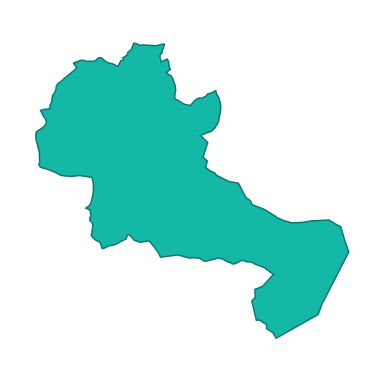 Giwa, Kaduna, Nigeria (Albers equal-area conic projection), rotated 264°
{"feature_id": "59680162B2967434957315", "entity_name": "Giwa", "entity_type": "district", "adm_level": 2, "iso_a3": "NGA", "parent_name": "Nigeria", "parent_adm1": "Kaduna", "projection": "albers", "projection_center": [7.407, 11.046], "detail": "fine", "context": "isolated", "style": "filled", "palette": "teal", "viewbox_px": 384, "rotation_deg": 264, "n_neighbors": 0, "source": "geoboundaries", "source_scale": "gbopen_adm2", "svg_char_len": 3885}
<svg xmlns="http://www.w3.org/2000/svg" viewBox="0 0 384 384"><g transform="rotate(264 192 192)"><path d="M332.5,87.7L327.6,90.4L326.6,89.2L325.1,87.2L324.0,85.5L321.2,81.3L318.0,76.4L316.5,74.7L314.3,70.7L312.8,69.1L311.0,68.0L307.5,67.2L304.7,65.4L302.6,63.5L299.7,62.6L297.0,62.1L296.6,61.9L295.1,61.2L293.3,60.0L291.1,59.6L289.9,59.5L289.6,59.5L289.6,56.5L289.7,53.6L289.0,49.9L284.7,51.6L282.5,52.3L281.7,52.8L280.5,53.6L278.4,54.5L275.4,54.2L272.5,51.7L270.1,47.3L270.0,46.9L267.9,43.4L265.8,42.7L265.7,42.7L259.9,42.4L256.9,43.0L253.7,43.4L250.7,43.9L248.7,44.1L248.0,44.3L246.4,44.3L243.9,44.0L242.5,43.9L238.6,43.8L238.3,43.8L234.9,42.5L232.5,44.0L231.4,46.1L230.9,48.1L228.6,52.8L228.3,53.4L227.3,55.4L225.7,58.0L225.3,58.8L224.2,60.7L222.6,62.7L221.1,67.4L221.1,69.0L220.1,72.6L220.1,78.3L220.1,80.9L220.2,82.1L219.6,83.8L218.7,87.5L218.3,89.3L217.7,91.0L217.2,93.8L213.9,94.5L209.9,94.7L204.9,94.2L200.6,93.4L194.6,91.5L192.5,90.6L190.6,89.6L188.9,88.0L187.7,85.9L187.0,84.8L184.6,88.8L183.2,88.7L181.4,88.9L180.6,89.1L179.8,89.2L178.5,88.8L177.4,87.9L176.5,87.6L175.2,87.8L174.2,87.4L173.3,88.3L172.7,88.9L170.7,89.9L169.3,89.9L166.8,89.4L165.4,88.9L164.4,88.6L162.9,88.5L162.0,88.2L161.9,88.1L159.5,87.3L157.2,88.4L154.1,91.2L151.8,95.2L145.1,96.8L145.4,99.2L145.9,100.5L147.0,103.2L147.3,105.3L147.3,107.2L147.7,109.9L148.6,112.8L150.3,115.8L151.3,119.2L152.4,121.7L154.6,122.7L155.6,122.8L156.1,125.4L150.3,129.3L147.4,134.9L147.8,143.8L147.5,144.5L141.1,148.9L139.4,149.6L135.5,152.1L130.4,153.9L130.9,171.4L126.6,182.3L126.4,187.0L126.1,188.9L125.3,192.9L122.7,195.8L122.4,196.1L121.7,198.6L122.7,205.8L123.6,211.3L122.5,214.6L118.4,220.9L117.7,222.9L117.6,223.3L116.3,224.4L116.0,226.3L116.9,229.3L118.1,232.3L119.0,234.5L116.9,239.2L116.1,243.9L113.6,247.3L109.1,256.2L101.5,264.3L90.8,252.3L88.5,244.4L80.8,243.9L77.2,240.1L57.7,242.6L57.7,245.5L52.4,252.2L48.1,252.1L43.6,257.8L37.8,260.4L57.0,304.7L66.9,309.5L72.0,312.9L115.9,341.6L125.1,339.5L127.7,338.9L142.0,336.3L145.1,331.4L149.7,325.5L149.8,325.5L150.8,308.0L150.2,298.7L150.7,291.4L150.9,288.7L150.9,287.4L151.8,285.9L154.2,279.6L155.0,278.5L157.7,273.6L158.6,273.1L166.3,263.3L166.7,262.7L168.3,259.9L173.0,250.8L174.7,249.8L177.0,249.4L181.1,244.9L195.9,239.1L198.5,229.9L202.9,223.1L205.9,218.3L208.9,216.4L210.7,212.8L215.1,208.0L221.2,210.5L225.5,206.7L239.6,212.8L247.3,206.4L249.2,212.7L250.2,217.4L253.2,221.4L258.7,225.5L263.4,227.0L268.5,228.5L270.9,229.0L272.7,229.4L276.5,229.6L282.8,228.6L283.2,228.4L287.5,226.5L290.3,226.2L288.5,221.8L287.7,217.4L286.3,216.5L284.1,211.9L284.7,209.9L284.8,209.5L284.2,207.3L282.6,204.1L278.1,199.4L280.2,193.3L282.3,190.7L284.9,187.3L286.1,185.3L287.6,184.6L291.6,185.4L295.2,186.5L297.5,186.3L299.9,186.4L302.0,185.7L306.5,184.8L309.9,183.2L311.3,180.8L313.6,179.1L316.1,183.2L318.7,182.5L324.2,182.4L326.8,181.1L324.6,174.9L330.5,174.2L332.1,175.1L332.8,175.9L333.2,176.4L333.7,176.9L334.3,177.1L335.1,177.3L335.9,177.2L336.3,177.4L336.8,177.8L337.2,178.1L337.6,178.1L337.9,178.2L338.0,178.4L338.4,178.7L338.8,178.6L339.4,178.9L339.9,179.3L340.2,179.6L340.7,179.8L341.1,180.0L342.2,179.7L342.0,177.7L341.8,175.9L341.2,171.6L343.4,158.6L343.3,156.2L343.7,154.7L344.5,154.0L346.2,149.8L344.8,149.0L343.4,148.3L341.9,147.5L339.5,146.2L339.3,145.2L338.6,144.6L337.3,142.5L336.5,142.6L335.1,141.9L334.7,141.0L334.1,140.3L333.4,139.0L333.3,138.7L332.8,137.3L330.8,137.8L330.0,135.0L327.4,133.3L326.4,132.6L325.6,132.0L325.3,131.8L325.0,129.8L326.7,128.4L327.7,126.5L328.7,124.0L328.9,122.6L329.0,122.2L329.9,121.1L330.0,121.0L331.0,119.8L331.8,118.8L331.9,118.7L333.2,117.5L334.5,116.3L335.2,115.4L335.2,114.8L335.2,114.3L334.9,112.4L334.3,111.7L333.4,110.6L332.7,109.9L332.4,107.9L332.4,107.0L332.5,105.5L333.0,100.7L333.5,99.5L334.0,98.4L334.5,97.2L334.5,94.4L334.0,93.0L333.6,91.0L332.5,87.7Z" fill="#14b8a6" stroke="#0f766e" stroke-width="1.5"/></g></svg>